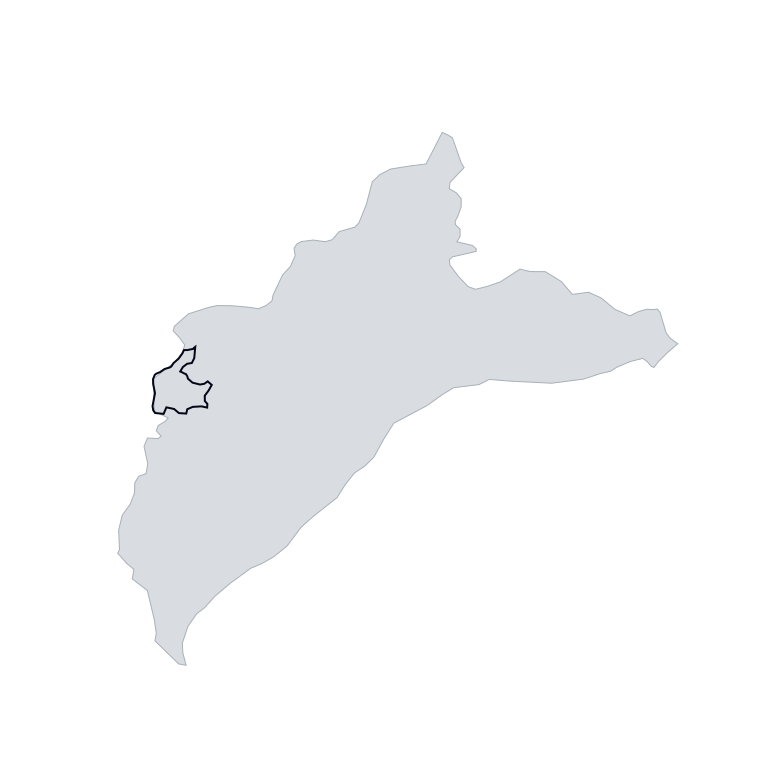 location of Camenca within Moldova, rotated 258°
{"feature_id": "MDA-1652", "entity_name": "Camenca", "entity_type": "District", "adm_level": 1, "iso_a3": "MDA", "parent_name": "Moldova", "parent_adm1": "", "projection": "mercator", "projection_center": [28.71, 47.999], "detail": "coarse", "context": "in_parent", "style": "outline", "palette": "ink", "viewbox_px": 768, "rotation_deg": 258, "n_neighbors": 0, "source": "natural_earth", "source_scale": "10m", "svg_char_len": 2610}
<svg xmlns="http://www.w3.org/2000/svg" viewBox="0 0 768 768"><g transform="rotate(258 384 384)"><path d="M150.0,132.0L152.8,125.1L180.4,106.5L187.5,109.5L201.9,110.3L231.2,109.6L245.6,97.3L254.6,100.8L261.8,95.2L273.9,88.3L275.7,89.8L277.2,90.9L296.0,94.0L310.0,100.6L319.4,110.9L329.1,117.2L339.1,119.7L344.7,124.8L345.8,132.6L355.2,136.4L372.8,136.3L380.3,141.4L377.6,151.7L379.4,155.1L385.7,151.5L390.4,154.6L392.9,162.2L395.7,165.8L404.7,153.9L414.2,155.1L437.2,160.0L449.4,184.7L457.1,193.6L463.7,197.2L472.2,193.4L479.7,188.8L484.0,190.9L493.3,207.3L495.4,228.6L495.4,237.2L492.1,251.7L487.4,267.0L483.7,277.0L485.3,285.0L488.6,291.7L494.0,293.9L511.8,307.5L518.4,316.9L528.0,323.8L535.4,324.2L539.2,328.1L540.5,332.8L539.5,344.8L535.4,356.1L535.9,363.3L542.4,371.9L543.1,381.8L543.5,388.2L547.0,393.1L563.2,404.0L584.3,414.6L589.7,423.6L592.9,435.0L591.9,454.2L590.5,470.9L618.0,493.3L614.9,497.5L610.7,502.1L584.3,505.5L579.0,507.3L567.5,490.5L561.5,488.4L555.9,494.5L549.3,498.0L541.3,496.3L532.7,491.1L528.4,487.4L525.0,487.0L519.7,490.6L512.6,489.1L507.9,484.9L501.2,499.2L497.1,502.2L494.6,501.8L494.1,477.5L492.1,473.8L486.8,473.2L474.0,479.0L461.8,486.5L457.6,493.1L458.0,505.1L459.8,519.3L468.1,540.9L463.6,550.3L460.3,565.2L447.2,578.9L432.5,586.8L431.2,603.2L423.0,614.3L409.0,625.4L399.5,638.7L401.9,647.9L402.5,656.5L400.9,662.4L400.5,666.9L396.8,668.9L375.4,670.6L369.3,673.4L362.3,679.7L355.7,667.7L348.9,657.1L344.0,651.5L346.1,648.8L351.5,645.9L355.3,642.3L354.8,629.7L352.0,615.2L349.4,608.2L349.2,597.2L347.3,580.1L349.9,548.2L360.6,507.9L366.6,487.9L363.7,476.9L365.9,451.1L361.3,438.4L354.0,421.7L343.6,385.4L330.6,372.7L314.5,358.8L307.7,348.2L303.1,336.6L293.5,325.0L282.6,314.4L269.5,287.8L262.7,275.8L260.6,272.5L245.6,255.4L237.8,239.9L233.8,227.2L231.5,215.4L221.0,192.0L211.5,174.4L202.4,161.8L198.2,153.0L187.5,141.7L172.4,132.8L162.6,131.3L150.0,132.0Z" fill="#d9dde1" stroke="#a8b0b8" stroke-width="1"/><path d="M406.2,152.8L410.5,153.0L422.7,158.1L432.0,158.2L436.8,159.1L440.5,161.6L441.4,163.2L442.2,167.4L444.3,172.5L444.7,177.7L445.0,178.9L445.9,180.2L448.1,182.3L451.6,188.5L455.9,193.2L458.8,195.4L458.1,198.7L458.0,204.8L458.8,205.5L459.6,207.1L448.8,203.8L444.5,200.4L444.7,195.6L442.4,190.8L438.6,187.3L437.4,189.0L436.7,189.7L434.7,192.4L432.4,193.2L430.0,193.3L425.1,197.0L421.7,204.0L421.6,208.3L423.2,212.1L418.9,215.3L414.1,211.1L409.9,206.3L404.7,205.2L401.2,207.1L397.7,206.1L400.1,200.7L401.4,192.1L400.2,186.3L396.2,184.4L398.2,177.3L403.2,173.5L406.4,166.3L400.6,162.2L403.2,154.1L406.2,152.8Z" fill="none" stroke="#020617" stroke-width="2"/></g></svg>